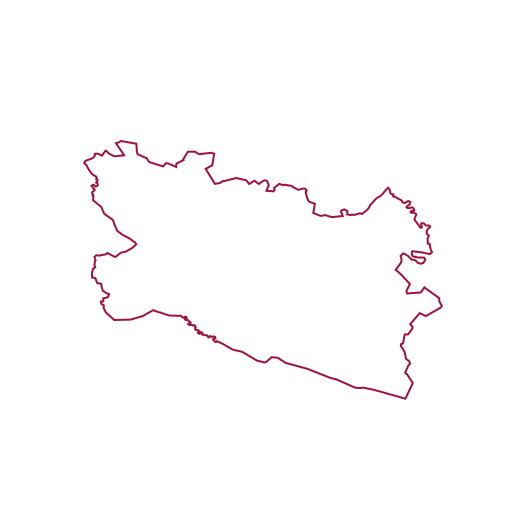 the district of Gamawa, Bauchi, Nigeria, rotated 114°
{"feature_id": "59680162B43637132059207", "entity_name": "Gamawa", "entity_type": "district", "adm_level": 2, "iso_a3": "NGA", "parent_name": "Nigeria", "parent_adm1": "Bauchi", "projection": "equal_earth", "projection_center": [10.6, 12.017], "detail": "fine", "context": "isolated", "style": "outline", "palette": "rose", "viewbox_px": 512, "rotation_deg": 114, "n_neighbors": 0, "source": "geoboundaries", "source_scale": "gbopen_adm2", "svg_char_len": 6115}
<svg xmlns="http://www.w3.org/2000/svg" viewBox="0 0 512 512"><g transform="rotate(114 256 256)"><path d="M349.3,271.6L349.2,270.8L348.6,269.1L348.5,268.3L348.7,267.8L349.6,266.7L349.7,266.4L349.6,265.9L348.7,265.2L347.8,265.4L347.8,263.5L347.3,263.0L346.7,261.8L346.7,261.3L346.5,260.7L346.8,260.2L347.5,259.8L348.1,259.6L348.2,259.8L348.3,260.2L348.7,261.0L349.4,261.4L349.7,261.2L350.3,260.3L350.8,258.7L351.0,257.8L350.4,257.1L349.6,256.9L349.8,250.5L350.9,240.3L350.9,238.7L350.8,237.8L349.5,231.6L349.2,229.0L351.2,212.3L350.3,208.2L350.0,205.4L349.8,204.8L348.2,203.3L342.1,200.6L340.1,194.6L341.6,185.4L338.2,163.3L337.1,138.2L336.0,132.3L336.0,113.6L335.8,111.8L335.3,109.7L334.1,106.9L332.8,104.9L330.4,94.5L325.6,61.5L309.0,61.1L308.0,61.3L307.7,62.1L302.6,69.9L302.6,71.3L301.9,72.3L294.1,72.3L291.7,71.5L289.9,73.2L289.8,73.5L288.8,77.3L283.4,81.0L280.9,84.5L279.3,87.1L277.4,87.6L276.1,86.1L268.9,87.9L267.1,88.2L265.9,85.3L264.1,84.7L261.2,84.3L259.1,83.6L256.9,84.3L255.6,87.4L241.6,83.2L241.8,76.4L227.9,66.2L225.8,66.0L223.2,69.8L219.9,71.6L217.0,86.0L216.2,89.4L222.3,90.7L228.8,102.7L226.5,104.4L219.0,104.0L214.0,115.6L212.3,120.8L211.9,122.8L206.6,121.6L202.7,120.8L200.2,121.5L199.0,122.4L197.2,123.9L193.8,122.7L193.7,120.4L194.1,117.5L196.0,112.4L195.5,111.1L195.3,109.6L195.2,108.5L195.7,107.2L196.3,105.6L196.2,102.9L196.0,102.3L194.9,101.1L194.3,100.3L190.3,99.9L189.1,101.8L191.6,107.8L192.5,112.7L191.4,114.2L188.7,115.3L188.0,115.0L184.9,104.7L183.6,97.9L181.0,96.8L178.6,99.4L174.2,102.5L174.9,104.1L170.0,106.4L168.3,106.2L166.8,106.6L166.8,107.9L166.3,108.9L165.2,109.5L163.5,110.3L162.8,110.3L161.0,109.8L158.7,108.8L158.2,109.1L157.8,109.8L158.0,111.0L158.5,111.6L159.0,113.3L158.1,115.3L158.1,116.4L158.3,117.4L158.9,118.2L159.7,118.1L162.3,116.2L162.8,116.4L163.1,117.1L163.2,117.9L162.7,118.2L162.4,118.9L161.6,119.9L161.0,121.4L159.7,123.5L158.6,125.8L157.7,126.1L156.8,126.3L155.9,126.3L154.8,126.4L153.2,126.4L152.6,126.7L152.3,128.0L152.2,129.4L152.7,130.6L153.2,131.4L153.4,132.0L153.2,132.6L152.7,132.6L151.8,132.4L151.2,131.9L150.9,131.3L150.8,130.8L150.5,130.4L150.0,130.0L149.2,130.5L148.8,131.0L148.3,131.7L148.0,132.7L148.5,133.9L149.5,134.8L150.1,135.9L150.4,136.6L150.5,137.8L150.2,138.4L149.4,138.4L148.5,137.9L147.5,137.0L146.4,136.5L145.5,137.1L145.0,137.1L144.3,136.9L143.8,137.5L143.7,138.4L144.0,139.4L144.7,140.0L145.7,140.7L146.5,141.1L147.0,141.6L147.3,142.3L147.3,143.2L147.1,144.3L146.2,145.3L145.9,146.6L145.8,149.7L145.5,151.0L145.6,153.6L145.9,154.6L145.4,155.3L144.6,155.3L143.9,155.5L144.0,156.3L144.4,157.0L144.4,157.6L144.1,158.4L143.6,159.0L142.4,159.7L141.2,160.7L140.0,162.5L139.9,163.1L144.1,164.7L147.0,165.3L150.2,166.5L153.6,169.0L155.8,170.0L163.6,172.5L164.9,172.4L166.3,172.6L168.0,173.0L174.6,176.3L174.6,178.3L178.8,183.3L178.8,184.2L179.0,185.1L180.2,186.3L180.9,189.7L177.8,190.7L177.5,194.3L179.6,196.4L180.8,196.7L182.2,194.9L184.2,193.1L189.3,201.9L189.8,203.4L190.4,209.1L193.1,213.3L193.4,221.2L184.4,223.4L184.7,229.7L183.8,231.2L181.7,233.3L177.4,236.7L175.8,236.2L174.5,238.1L175.1,240.2L178.4,244.4L177.9,250.9L177.4,251.7L179.4,259.2L180.2,259.9L180.7,264.2L186.6,267.2L187.9,265.9L189.8,266.3L192.2,273.0L187.4,273.2L186.1,273.1L182.9,276.6L183.3,278.7L184.8,280.2L189.1,282.7L187.9,288.1L193.0,291.5L191.0,295.2L190.9,296.3L192.6,304.5L192.4,305.4L199.8,314.6L201.0,316.6L204.2,318.9L206.8,322.9L196.9,337.4L190.9,332.9L179.6,335.8L179.8,338.7L186.2,349.5L185.8,352.7L185.5,354.0L187.7,359.1L188.6,360.7L197.2,361.8L197.8,361.2L204.0,366.3L207.1,365.2L207.2,374.1L207.8,376.0L211.9,377.4L213.6,391.4L213.0,393.0L211.2,395.3L211.2,405.6L209.5,407.0L202.1,411.0L205.9,426.1L207.9,427.5L209.9,429.9L217.5,417.5L218.0,417.9L222.6,426.1L222.3,431.5L220.8,436.0L220.9,436.3L226.9,437.6L226.9,442.1L228.2,444.9L229.9,444.0L233.1,445.0L236.9,449.0L238.7,450.6L240.9,450.9L242.0,447.7L243.9,445.5L245.7,442.9L247.6,439.6L248.5,436.0L248.3,435.2L248.4,434.4L249.4,433.2L250.2,433.5L250.7,433.4L250.9,432.3L251.0,431.7L252.4,431.4L253.3,432.0L254.1,431.7L254.0,430.9L254.6,430.0L255.6,429.4L257.0,429.9L257.9,430.9L257.8,431.7L257.1,432.5L256.9,433.3L257.5,434.0L258.7,434.8L259.4,433.8L261.3,430.2L261.9,430.4L262.7,430.9L263.6,431.2L264.5,431.7L265.4,431.1L265.6,430.5L266.3,429.7L267.2,430.0L267.6,428.8L271.4,427.5L274.0,417.5L279.2,411.8L281.3,401.3L285.2,397.7L289.5,392.9L290.9,386.9L291.5,378.3L292.4,374.4L292.8,371.9L294.0,370.2L298.6,372.1L305.0,376.8L308.0,380.8L314.0,384.0L314.2,384.6L313.7,393.0L315.6,393.9L318.9,398.8L319.2,398.9L320.3,402.2L322.6,403.2L325.2,400.8L325.9,401.1L330.4,399.7L331.2,398.5L331.6,398.3L332.3,398.6L333.7,399.7L338.0,399.0L342.3,397.0L341.6,393.7L345.3,390.1L344.4,386.0L346.1,385.0L346.6,384.9L350.0,381.8L350.8,377.6L350.6,374.6L354.1,374.7L356.8,378.3L359.7,377.1L360.7,379.2L362.6,377.9L362.9,376.7L362.7,375.4L364.4,374.3L365.1,374.3L365.6,373.9L368.7,370.1L372.1,359.4L365.1,344.7L357.0,335.1L347.3,327.9L347.0,322.7L346.4,319.4L346.3,316.9L345.6,310.9L343.0,304.6L342.2,302.5L341.4,301.1L341.1,300.2L341.7,299.7L341.6,298.6L341.8,297.9L341.9,297.3L341.4,296.4L341.0,296.4L340.5,296.3L340.3,296.0L340.2,295.1L340.3,294.7L340.6,294.4L340.9,294.0L341.4,294.0L341.7,294.2L341.7,294.7L341.8,295.0L342.6,295.2L343.1,294.2L343.0,293.7L342.3,292.6L342.3,292.2L342.6,291.2L343.2,290.1L343.3,289.7L343.2,289.1L343.3,288.6L343.6,288.6L343.9,288.8L344.3,288.7L344.7,289.0L345.2,289.9L345.5,290.3L345.9,290.1L346.1,289.9L346.1,289.5L346.0,289.0L346.0,288.3L345.0,286.3L344.9,285.7L345.1,285.2L344.5,284.6L344.3,284.2L344.3,283.9L344.9,283.4L344.7,283.0L344.8,282.7L345.6,282.2L346.0,282.3L346.1,282.5L346.3,282.5L347.3,281.9L347.8,281.7L348.0,281.4L348.0,281.1L348.0,280.9L347.4,279.9L347.3,278.3L347.4,278.0L347.8,277.7L348.0,276.3L348.2,276.2L348.8,276.2L349.1,277.1L349.2,277.8L349.4,277.9L349.7,278.0L349.8,277.9L350.0,277.7L350.0,277.4L349.9,277.2L350.2,276.3L349.9,275.8L349.8,275.7L349.4,275.8L349.2,275.5L348.6,274.9L347.9,274.6L347.8,274.4L348.0,274.0L348.9,273.4L349.5,273.3L349.7,273.1L349.2,272.2L349.2,271.8L349.3,271.6Z" fill="none" stroke="#9f1239" stroke-width="2"/></g></svg>